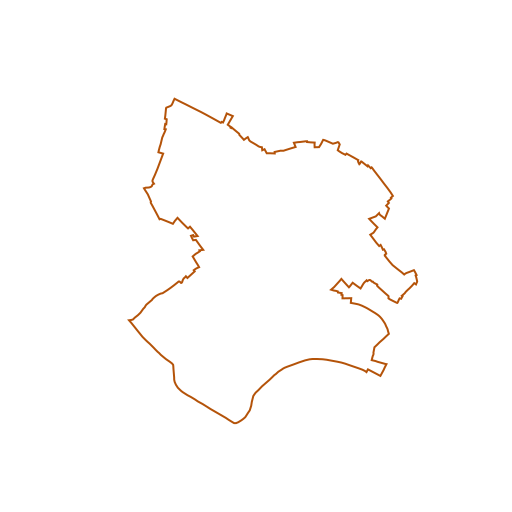 outline of Kim Dong, Hưng Yên, Vietnam, rotated 319°
{"feature_id": "81297802B31840185218616", "entity_name": "Kim Dong", "entity_type": "district", "adm_level": 2, "iso_a3": "VNM", "parent_name": "Vietnam", "parent_adm1": "Hưng Yên", "projection": "robinson", "projection_center": [106.041, 20.745], "detail": "fine", "context": "isolated", "style": "outline", "palette": "amber", "viewbox_px": 512, "rotation_deg": 319, "n_neighbors": 0, "source": "geoboundaries", "source_scale": "gbopen_adm2", "svg_char_len": 6135}
<svg xmlns="http://www.w3.org/2000/svg" viewBox="0 0 512 512"><g transform="rotate(319 256 256)"><path d="M270.1,100.1L271.0,101.2L269.5,102.0L267.9,102.8L266.0,103.6L264.7,104.3L263.7,104.7L262.8,105.2L258.6,108.2L257.2,109.2L256.3,109.7L254.8,110.6L252.0,112.5L250.4,113.7L253.1,117.8L238.9,125.5L232.9,128.5L228.3,130.6L227.3,131.2L226.9,131.7L226.7,132.1L226.5,133.4L226.4,134.5L225.4,134.2L224.8,134.2L224.2,134.4L223.7,134.7L223.2,134.9L222.5,134.9L222.0,134.8L221.3,134.6L220.4,134.2L219.5,133.6L217.6,132.1L215.9,131.4L215.6,133.0L214.8,138.5L212.5,146.0L212.0,146.2L211.6,146.6L211.4,147.1L210.8,150.1L208.4,160.5L207.3,165.0L208.4,165.4L210.5,169.4L212.6,173.5L214.4,177.2L217.8,176.3L221.8,175.7L222.1,182.6L222.6,188.9L222.8,190.6L225.4,190.6L225.3,195.2L225.0,202.6L221.9,200.7L222.3,199.0L221.6,198.7L220.4,198.2L220.2,198.1L219.5,200.4L218.9,202.9L221.2,204.4L220.5,211.8L220.2,216.7L217.0,214.6L216.7,215.6L213.8,215.2L212.4,214.9L210.8,214.8L207.9,214.8L207.7,215.9L207.0,219.8L206.7,221.4L206.4,223.5L206.1,225.3L205.7,227.1L203.8,226.5L202.1,226.1L199.7,225.9L199.6,227.4L198.9,227.4L189.8,227.6L189.8,225.3L188.5,225.5L186.7,225.5L184.8,226.2L183.2,227.2L182.4,227.4L182.1,227.4L181.7,227.0L181.7,226.7L181.7,226.2L181.6,225.6L181.5,225.1L181.2,224.7L180.8,224.5L179.6,224.5L174.9,224.3L170.5,224.0L166.7,223.6L161.1,222.8L159.3,221.8L157.0,221.1L154.6,220.6L153.0,220.5L151.0,220.5L149.6,220.6L148.7,220.9L141.3,220.8L140.0,221.1L138.4,221.7L136.2,221.9L131.6,223.0L128.1,223.2L124.1,223.0L121.5,223.2L120.0,222.5L118.0,221.2L118.0,224.6L117.8,229.7L117.6,234.1L117.3,242.6L117.6,247.1L117.8,249.3L118.2,252.3L118.6,258.1L118.7,260.8L118.9,263.8L119.2,265.6L119.3,268.1L119.8,271.2L120.4,274.8L121.5,279.0L122.1,281.9L122.1,283.7L121.3,284.9L119.6,287.1L114.6,293.9L113.1,295.7L112.0,297.7L111.1,300.6L110.6,304.1L110.8,306.8L111.0,308.9L111.4,310.8L113.0,316.2L114.3,319.5L115.8,324.1L116.7,327.6L118.6,332.7L121.2,341.4L122.2,344.3L123.4,347.8L127.0,358.3L127.9,361.7L128.8,364.6L129.8,367.7L131.2,369.0L133.5,369.8L137.1,370.4L139.6,370.6L142.1,370.6L143.9,370.1L146.9,369.2L150.0,368.4L154.1,365.9L157.2,363.3L162.1,359.9L163.9,359.4L166.1,358.9L169.8,358.8L175.1,358.3L177.4,358.3L181.4,358.3L184.8,358.3L188.8,358.1L191.6,357.9L193.6,358.1L196.9,358.0L201.0,358.6L202.3,358.7L204.2,359.1L206.8,360.0L213.5,362.6L218.6,364.5L224.6,367.0L228.6,369.1L231.2,370.9L234.3,373.6L238.6,377.7L241.3,380.7L243.2,383.1L248.0,389.1L250.5,392.4L252.7,395.8L254.5,399.0L259.9,408.3L261.7,411.6L262.7,414.0L263.0,415.0L263.2,416.1L266.1,415.0L271.2,428.1L273.9,427.1L277.4,425.8L280.0,424.6L283.5,423.2L282.7,422.2L280.4,418.7L278.4,415.7L277.3,413.7L275.0,410.5L277.1,409.0L278.5,408.1L279.8,407.5L280.6,406.9L281.2,406.0L285.5,402.6L289.9,402.4L292.7,402.2L297.7,402.2L301.4,402.0L305.2,401.9L306.3,399.4L307.2,397.7L307.6,396.5L308.1,394.5L308.8,392.4L309.1,391.1L309.5,388.0L309.7,385.9L309.7,384.3L309.7,383.4L309.5,381.5L309.2,380.0L308.4,377.0L307.7,374.9L306.3,370.5L305.6,368.4L304.9,366.6L303.3,362.9L301.8,360.1L300.9,358.8L299.2,356.6L296.8,353.6L300.2,350.3L297.3,347.9L293.5,344.7L295.7,342.3L295.0,341.3L296.3,340.2L293.9,337.3L294.5,336.4L293.4,334.7L292.0,333.0L290.6,330.7L291.9,330.7L294.7,330.7L299.6,330.1L303.0,329.7L305.4,329.3L305.4,332.2L305.5,336.7L305.6,340.6L306.7,340.5L311.4,339.6L312.5,344.6L313.6,349.1L316.1,348.3L318.1,347.6L320.0,347.1L321.4,347.0L322.7,347.0L323.5,346.9L323.5,348.0L325.3,348.3L325.8,348.5L326.1,348.7L326.5,349.3L326.7,351.3L326.8,351.6L327.2,351.8L327.4,352.1L327.3,353.0L327.5,353.8L327.9,354.9L328.6,356.6L328.8,356.9L328.8,357.2L328.7,357.3L328.4,357.4L327.9,357.8L327.9,358.9L328.1,360.9L328.6,364.8L329.1,369.1L329.6,372.5L329.7,373.1L329.5,373.5L329.1,374.0L328.2,374.8L328.2,375.1L328.7,376.8L330.2,380.5L331.6,383.8L331.8,384.1L332.1,384.1L332.5,384.0L335.6,382.5L336.1,382.4L336.6,382.2L337.5,383.5L340.2,382.5L340.0,381.7L343.8,381.7L345.5,381.3L348.8,381.1L350.3,381.1L354.2,380.8L357.6,380.3L358.1,382.4L359.9,381.5L360.4,381.3L361.0,380.9L361.2,380.5L362.8,377.5L363.7,375.4L364.7,375.7L365.5,372.5L365.9,370.3L361.4,368.7L358.3,367.5L356.7,367.2L355.7,367.2L355.3,364.2L354.2,358.6L353.1,352.5L353.1,347.6L353.4,340.4L353.8,340.4L354.1,339.6L355.8,339.7L356.5,337.9L357.0,334.9L355.9,334.5L356.8,331.6L357.3,329.4L355.5,329.3L355.5,324.8L356.1,316.4L356.2,314.9L359.8,315.5L361.0,315.3L364.0,314.5L366.5,314.1L366.1,309.0L365.9,305.4L365.8,302.2L372.4,304.7L377.0,304.4L376.6,305.3L376.6,306.6L377.1,308.7L377.7,312.4L387.5,307.4L387.3,304.5L387.3,303.4L391.1,303.1L391.3,301.3L393.8,301.4L395.9,301.4L396.1,300.5L398.7,300.5L399.3,296.4L399.8,290.7L400.1,285.2L400.5,279.8L401.1,269.3L401.4,266.0L401.4,265.0L400.2,265.0L400.0,261.1L399.0,261.5L397.6,253.9L397.4,253.6L396.9,253.7L396.4,253.8L395.8,254.2L395.1,254.4L394.7,254.5L394.2,254.5L394.4,253.5L394.9,251.9L395.2,251.4L395.5,251.0L396.1,250.7L395.7,249.7L394.8,247.1L391.5,238.1L389.9,238.3L388.4,234.7L387.4,231.3L387.1,229.8L392.4,226.7L392.8,224.3L392.4,223.7L390.6,223.1L387.7,221.7L384.2,214.4L383.3,212.9L382.9,212.4L378.7,214.1L375.0,215.2L371.6,212.4L373.2,210.4L374.7,208.9L371.9,206.2L370.1,204.3L369.3,203.5L369.8,202.9L369.0,202.2L363.8,198.7L362.2,197.5L358.9,195.4L357.4,199.7L352.8,197.6L347.5,195.3L345.8,194.6L343.7,192.7L342.3,191.9L338.3,189.7L337.4,190.9L335.0,188.6L331.5,185.5L332.5,181.0L330.1,180.3L330.9,179.1L331.8,177.8L330.8,176.6L330.2,175.7L329.8,174.7L329.1,172.2L328.1,169.2L327.0,166.1L326.8,164.8L326.9,163.8L327.3,162.6L327.7,161.5L327.8,160.9L325.8,160.6L323.1,160.4L323.1,159.0L323.0,156.3L322.9,153.7L323.5,152.7L323.0,149.7L322.1,144.0L322.0,143.2L321.3,143.3L321.0,142.5L321.7,142.3L320.8,138.4L330.3,135.2L327.4,129.2L326.8,129.6L322.6,131.7L321.2,132.5L318.7,133.6L318.1,132.3L317.3,132.5L317.1,132.5L316.8,132.4L315.1,127.7L313.5,123.3L310.6,115.5L308.9,111.1L305.7,103.4L302.4,95.3L300.7,91.3L297.7,83.9L295.6,84.8L293.6,85.8L292.2,86.4L291.3,86.7L290.0,86.7L288.2,86.1L285.6,85.2L285.0,85.5L283.0,87.4L279.6,90.6L277.3,92.6L278.3,94.2L275.9,96.6L274.7,97.7L274.1,96.8L272.1,98.4L270.1,100.1Z" fill="none" stroke="#b45309" stroke-width="2"/></g></svg>